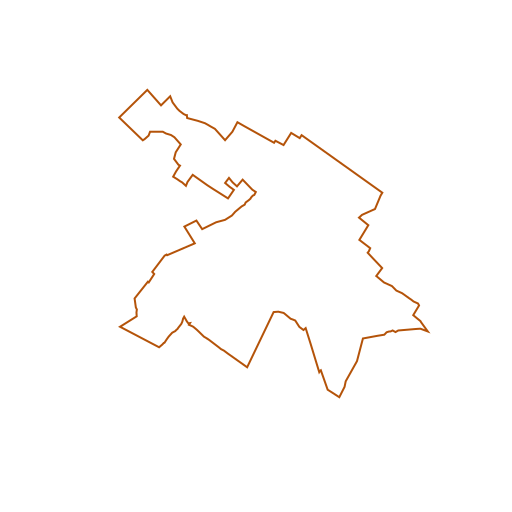 outline of Sanahcat, Yucatán, Mexico, rotated 29°
{"feature_id": "50627088B45339829502466", "entity_name": "Sanahcat", "entity_type": "district", "adm_level": 2, "iso_a3": "MEX", "parent_name": "Mexico", "parent_adm1": "Yucatán", "projection": "robinson", "projection_center": [-89.213, 20.761], "detail": "fine", "context": "isolated", "style": "outline", "palette": "amber", "viewbox_px": 512, "rotation_deg": 29, "n_neighbors": 0, "source": "geoboundaries", "source_scale": "gbopen_adm2", "svg_char_len": 2466}
<svg xmlns="http://www.w3.org/2000/svg" viewBox="0 0 512 512"><g transform="rotate(29 256 256)"><path d="M442.8,238.7L438.7,236.8L432.5,233.9L431.4,233.2L428.0,232.6L427.9,232.6L422.2,231.5L422.6,220.2L420.7,219.0L415.9,219.4L412.8,218.9L410.4,218.7L401.8,217.7L395.5,218.2L389.5,216.4L380.8,217.1L370.9,215.2L372.2,205.4L360.8,201.8L352.1,199.0L352.4,197.2L352.1,193.8L338.6,191.8L339.3,174.6L327.5,172.5L328.8,168.6L337.3,157.2L335.7,142.9L335.7,142.6L335.7,142.4L335.8,139.4L237.3,128.2L237.1,131.7L227.1,131.3L226.3,145.6L217.1,145.8L216.9,148.2L182.6,148.1L174.9,148.0L175.1,158.8L172.8,169.7L158.4,164.7L153.3,164.7L150.5,164.6L147.0,164.6L139.6,166.0L128.9,168.7L127.2,166.3L126.5,166.8L123.8,166.9L118.9,166.2L115.7,165.3L108.6,162.1L103.5,157.9L99.9,170.3L80.4,163.4L69.2,201.2L100.9,209.7L101.9,207.8L103.7,202.8L103.1,198.7L114.2,192.5L117.9,192.5L123.0,191.4L127.1,191.7L136.1,194.9L135.5,204.2L137.2,210.8L139.9,212.0L143.9,213.8L145.7,213.8L145.1,220.7L145.1,226.8L149.8,227.0L153.5,227.4L155.6,227.4L160.7,228.6L160.2,224.4L161.3,215.7L179.1,217.7L186.1,218.2L191.6,218.5L203.6,219.2L204.0,215.3L204.6,208.9L201.6,208.5L199.6,208.3L193.6,207.1L194.5,200.8L199.7,202.9L205.6,204.3L207.3,195.7L220.7,199.8L224.8,200.1L224.9,203.4L223.9,204.8L223.3,207.4L223.4,208.4L222.6,210.7L221.0,214.2L221.2,216.6L219.4,219.6L216.4,227.3L215.3,232.3L211.4,239.4L204.8,245.8L195.9,258.6L186.7,253.9L179.1,265.0L196.3,274.6L177.9,298.4L177.1,298.1L175.9,300.0L173.0,320.2L175.7,321.1L175.0,331.1L173.9,330.9L170.4,352.0L175.9,359.3L177.7,360.5L178.8,363.3L180.9,366.6L171.4,383.8L215.5,382.8L217.0,378.8L217.5,376.7L218.0,376.3L218.3,372.2L218.7,368.8L219.9,363.7L221.8,360.8L222.2,359.1L222.7,358.0L222.8,356.5L223.6,351.6L223.4,349.2L222.6,346.1L222.6,343.9L227.2,346.7L229.5,347.7L230.8,346.7L230.7,348.7L231.1,348.7L231.3,348.6L234.8,348.3L235.9,348.4L240.0,349.2L242.7,349.9L246.7,351.0L249.6,351.8L253.5,351.9L253.5,352.0L255.5,352.1L256.9,352.3L267.8,353.9L270.5,354.4L273.8,354.3L278.8,355.0L302.2,357.6L298.6,296.5L302.5,293.9L307.8,292.4L309.6,292.7L316.7,294.1L319.0,293.7L321.6,293.4L328.3,297.0L333.4,297.7L334.4,295.0L346.3,306.3L367.6,326.9L367.7,325.3L368.1,324.5L383.5,338.2L397.3,339.1L396.9,327.5L395.2,322.1L395.3,299.0L389.5,276.3L400.7,267.1L406.4,262.6L407.2,259.4L408.9,257.6L410.3,256.7L411.6,254.9L414.9,254.9L416.5,252.2L431.1,242.4L431.3,242.3L431.7,242.0L435.0,239.9L442.8,238.7Z" fill="none" stroke="#b45309" stroke-width="2"/></g></svg>